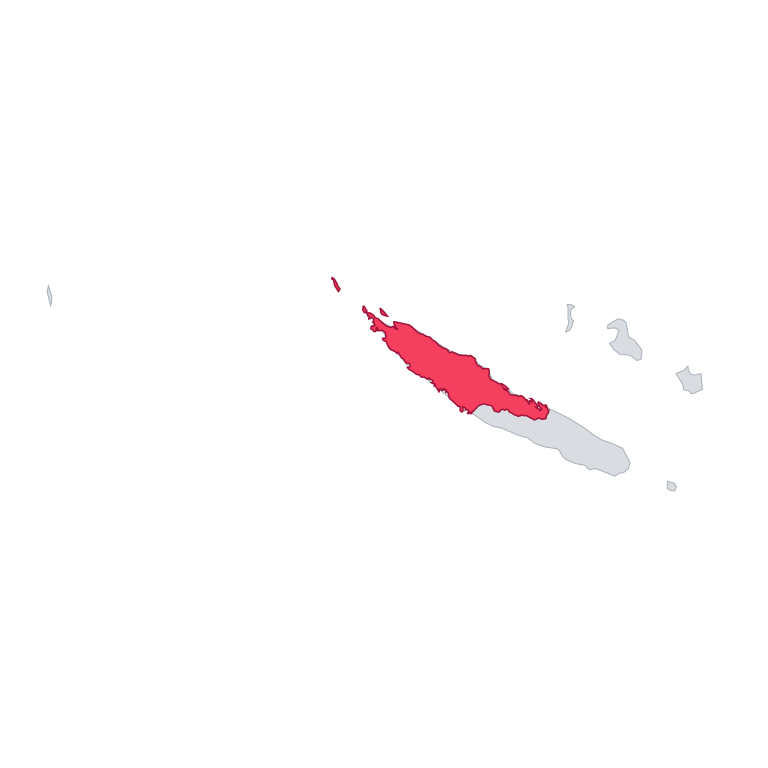 where Nord sits in New Caledonia, rotated 349°
{"feature_id": "NCL-559", "entity_name": "Nord", "entity_type": "Province", "adm_level": 1, "iso_a3": "NCL", "parent_name": "New Caledonia", "parent_adm1": "", "projection": "natural_earth1", "projection_center": [164.928, -20.615], "detail": "fine", "context": "in_parent", "style": "filled", "palette": "rose", "viewbox_px": 768, "rotation_deg": 349, "n_neighbors": 0, "source": "natural_earth", "source_scale": "10m", "svg_char_len": 6967}
<svg xmlns="http://www.w3.org/2000/svg" viewBox="0 0 768 768"><g transform="rotate(349 384 384)"><path d="M397.5,325.9L406.2,331.6L415.4,329.2L427.0,338.1L456.5,365.2L466.9,371.0L473.0,373.2L477.6,377.6L481.7,383.9L487.3,388.3L489.8,392.4L490.4,397.9L492.4,401.4L502.7,410.4L508.8,418.2L517.3,422.3L520.9,427.0L525.7,429.3L530.6,434.1L538.8,437.8L557.4,451.7L571.8,464.9L579.0,473.0L586.7,480.2L596.6,486.0L605.9,492.6L610.5,508.1L607.9,513.7L602.6,516.5L597.6,516.6L593.0,518.5L577.6,508.5L573.9,507.0L569.8,507.7L567.5,505.4L565.9,502.2L556.5,498.5L547.7,492.6L545.2,488.5L543.7,483.5L541.6,480.6L529.2,476.2L520.9,471.3L514.9,464.4L505.5,459.6L490.9,449.7L483.3,446.5L476.7,441.6L459.1,423.6L452.8,420.3L447.3,412.3L432.1,393.4L424.8,385.6L416.8,378.6L410.7,370.5L406.0,360.9L395.1,347.1L393.7,341.2L394.2,335.1L391.6,331.2L387.1,328.9L385.0,324.8L385.2,319.3L386.7,316.5L397.5,325.9ZM641.1,408.6L636.9,409.3L631.4,402.8L620.8,399.6L616.1,393.8L613.1,387.1L619.1,385.4L625.1,376.3L621.1,372.9L614.1,372.3L614.9,368.8L626.2,364.6L631.2,367.0L633.4,369.9L633.0,384.3L638.1,388.8L643.4,399.1L643.3,401.9L641.1,408.6ZM687.3,433.0L690.9,434.6L697.1,434.3L695.6,449.8L686.9,452.2L683.9,452.1L682.0,448.8L677.0,446.7L677.3,441.4L672.5,429.6L680.9,427.8L685.7,424.6L685.4,427.5L686.1,430.9L687.3,433.0ZM576.2,366.8L572.1,367.7L577.0,359.5L577.2,354.4L579.2,344.4L579.0,341.1L582.2,341.5L585.7,344.4L581.6,346.9L580.3,351.2L580.4,356.6L582.0,357.6L579.4,363.5L576.2,366.8ZM651.4,540.9L648.9,544.3L646.0,543.6L643.7,542.3L642.1,540.4L643.7,533.5L650.2,536.9L651.4,540.9ZM72.8,241.5L71.7,243.4L70.9,229.1L73.3,223.7L74.5,234.9L72.8,241.5Z" fill="#d9dde1" stroke="#a8b0b8" stroke-width="1"/><path d="M466.8,427.8L466.6,427.6L466.1,427.6L465.4,427.9L465.0,428.2L464.8,429.5L464.1,429.9L463.4,429.4L463.1,428.2L462.5,428.7L461.9,429.2L461.2,429.3L460.4,428.8L461.8,427.0L461.6,425.5L460.4,424.7L458.8,425.1L459.4,423.7L459.1,422.8L457.2,421.4L456.6,422.6L456.8,424.5L456.2,425.7L455.4,426.3L454.7,426.1L454.0,425.4L453.6,424.4L453.9,423.7L454.0,422.9L454.2,422.1L454.7,421.4L454.1,420.6L453.5,420.4L453.0,420.3L452.3,419.9L451.9,419.3L451.3,418.2L445.7,410.6L445.4,409.4L445.2,407.5L445.3,406.1L445.2,404.4L444.6,403.5L443.1,404.0L443.2,402.9L443.3,402.6L443.7,402.2L443.7,401.5L443.2,401.5L442.8,401.4L442.1,401.0L442.5,400.3L442.4,399.9L441.9,399.9L441.1,400.4L440.9,401.4L440.0,401.5L439.3,400.8L439.0,399.4L438.5,399.4L437.6,399.5L437.0,400.0L437.5,401.0L437.0,401.6L436.4,402.2L435.0,398.0L434.0,396.2L432.8,395.4L434.2,394.2L433.6,393.4L432.0,392.7L430.7,391.6L431.9,391.5L432.5,390.9L432.6,390.1L432.2,389.2L431.3,388.6L430.3,388.5L429.6,388.1L429.6,386.7L429.1,386.7L427.9,387.5L426.8,386.9L424.9,384.9L424.1,384.6L422.6,384.6L421.8,384.2L421.4,383.7L420.5,381.7L418.8,381.3L417.4,380.4L414.1,376.6L411.8,374.9L410.8,373.7L410.0,372.2L410.5,372.1L411.7,372.4L412.9,371.8L413.4,370.4L413.0,369.3L411.9,368.4L410.5,368.1L409.4,367.2L407.7,362.9L406.3,362.0L404.0,355.7L403.6,356.1L403.2,356.2L402.9,356.2L402.4,356.4L401.7,354.8L396.8,351.2L395.7,349.2L394.8,345.5L394.6,344.3L394.2,342.8L393.3,342.1L392.3,341.7L391.5,340.8L391.2,339.0L392.1,338.8L394.1,339.6L394.8,338.6L395.1,337.1L395.1,334.3L394.8,333.7L394.0,332.5L393.1,331.4L392.2,330.9L388.6,330.7L387.7,330.3L388.3,329.1L388.3,327.9L387.8,327.3L386.8,327.8L387.1,328.7L386.6,329.7L385.9,330.5L385.2,330.9L384.1,330.5L383.7,329.7L383.5,328.9L382.9,328.5L381.7,327.6L382.0,325.8L383.4,324.6L385.7,325.3L386.4,324.3L386.1,323.2L384.7,321.1L385.6,320.6L386.1,319.8L386.2,318.6L385.7,317.4L384.6,316.4L383.7,316.6L382.7,317.1L381.5,317.4L381.5,316.7L381.9,316.3L382.1,315.9L382.5,314.9L381.4,314.4L381.0,313.6L381.1,312.5L381.5,311.2L382.1,311.3L383.1,311.2L384.6,312.2L386.0,313.6L387.2,315.1L388.0,317.2L388.7,317.7L390.4,318.6L396.1,326.0L397.2,327.2L400.7,329.5L402.3,329.8L404.0,329.1L404.4,329.1L405.4,331.6L406.3,332.5L407.6,332.7L406.9,331.6L405.8,328.6L405.3,325.6L405.5,324.9L406.2,324.9L419.9,330.8L422.3,333.2L426.4,339.0L427.5,340.2L429.0,341.4L430.6,342.3L431.9,342.7L434.3,345.1L435.1,345.5L437.4,346.4L438.5,347.6L440.7,350.8L441.8,351.4L442.5,352.1L445.2,356.4L449.2,360.3L449.9,360.4L452.2,362.0L453.4,363.3L453.0,364.4L454.4,365.5L457.5,365.6L458.8,366.9L460.2,367.5L463.0,370.0L471.1,371.8L471.3,372.0L471.9,372.9L472.4,373.1L472.6,373.0L473.0,372.7L473.5,372.4L474.0,372.4L474.9,372.8L475.3,373.1L475.5,373.5L476.1,374.3L477.9,376.0L478.5,377.2L478.1,378.6L478.9,382.3L479.7,383.6L480.9,384.5L482.0,385.3L483.0,386.2L483.3,387.6L484.0,387.9L488.0,388.5L489.4,389.0L489.8,389.5L489.5,392.5L489.0,394.5L488.8,395.1L488.5,395.7L488.6,396.3L488.9,396.9L489.1,397.5L489.3,399.1L489.9,400.1L492.5,402.2L494.6,403.5L495.6,404.4L496.6,405.6L497.1,405.8L499.1,406.0L499.7,406.3L499.8,406.8L499.5,407.8L500.0,407.6L500.3,407.5L500.6,407.1L502.9,409.3L503.9,410.5L504.2,411.5L504.6,411.7L504.8,412.0L505.2,412.7L503.9,412.7L502.7,412.4L501.6,411.8L500.6,410.9L500.9,411.8L501.6,412.8L502.5,413.6L503.4,414.0L504.2,414.6L504.8,415.9L505.3,417.3L505.8,418.3L507.5,419.2L512.1,420.5L513.5,422.1L515.7,421.4L517.8,422.7L519.3,424.8L519.9,426.9L521.2,426.6L522.0,430.4L523.5,431.9L522.7,430.1L522.6,429.5L523.0,428.8L523.7,428.3L524.4,428.4L525.0,428.9L525.6,430.0L526.0,429.2L526.1,428.3L525.8,427.2L525.0,426.3L526.4,426.7L527.4,428.3L530.1,433.7L530.6,435.3L530.2,436.1L528.6,435.6L529.2,436.6L532.3,438.7L531.8,439.6L532.4,439.6L533.4,439.4L533.9,439.0L533.7,437.9L533.2,437.0L532.7,436.3L532.3,435.6L531.7,433.5L531.5,431.8L532.1,431.2L533.6,432.2L535.9,435.0L536.7,435.3L538.6,435.5L539.3,436.0L539.5,436.6L538.9,436.8L538.3,437.1L538.1,437.4L538.4,437.8L538.9,438.0L539.6,438.1L539.8,439.1L539.9,440.7L540.1,441.8L540.6,441.5L540.0,443.5L538.9,444.6L537.9,445.3L537.2,446.6L536.6,448.5L535.4,449.0L532.9,448.8L531.5,448.3L530.4,447.7L529.3,446.9L528.5,447.0L527.2,447.4L526.1,447.9L524.5,447.9L523.8,447.2L522.6,445.9L521.4,445.3L520.6,444.6L519.5,443.6L517.1,441.9L515.4,441.9L512.7,440.5L511.4,441.3L509.2,441.2L508.0,440.0L506.1,439.2L504.5,437.5L504.0,437.0L502.1,435.8L501.7,435.3L501.5,434.8L500.8,432.9L500.5,432.5L500.0,432.2L499.4,432.2L497.8,432.8L497.3,432.8L496.7,432.3L496.2,431.8L495.7,431.4L495.1,431.3L494.2,431.7L492.4,433.0L491.9,433.3L491.1,433.4L490.5,433.3L487.1,431.5L486.1,427.5L486.0,426.5L484.5,425.4L482.9,424.7L480.5,423.8L479.7,422.9L478.3,422.6L473.8,423.0L471.8,423.7L469.9,425.5L468.7,426.1L467.2,427.3L466.8,427.8ZM357.8,280.2L358.7,281.8L358.9,282.5L356.9,284.5L354.6,278.7L354.3,276.7L354.4,273.0L354.0,271.7L352.7,270.8L353.2,269.7L354.4,270.4L355.3,271.7L356.9,276.0L357.4,278.9L357.8,280.2ZM399.2,316.1L400.4,318.0L399.0,317.6L396.8,316.3L395.0,314.8L394.6,313.2L394.6,309.3L395.1,309.3L398.5,314.3L399.2,316.1ZM381.0,308.0L381.0,308.9L381.0,309.7L380.8,310.5L380.4,311.2L379.9,309.9L378.8,310.4L378.1,309.7L377.3,307.5L377.3,306.8L377.8,306.0L378.3,303.9L378.9,303.7L379.6,304.4L380.2,306.9L381.0,308.0Z" fill="#f43f5e" stroke="#9f1239" stroke-width="1.5"/></g></svg>